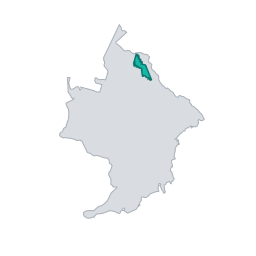 La Chorrera, Amazonas, Colombia (highlighted), rotated 195°
{"feature_id": "7082276B17181319735962", "entity_name": "La Chorrera", "entity_type": "district", "adm_level": 2, "iso_a3": "COL", "parent_name": "Colombia", "parent_adm1": "Amazonas", "projection": "orthographic", "projection_center": [-72.317, -1.283], "detail": "fine", "context": "in_parent", "style": "filled", "palette": "teal", "viewbox_px": 256, "rotation_deg": 195, "n_neighbors": 0, "source": "geoboundaries", "source_scale": "gbopen_adm2", "svg_char_len": 7075}
<svg xmlns="http://www.w3.org/2000/svg" viewBox="0 0 256 256"><g transform="rotate(195 128 128)"><path d="M146.9,37.1L144.4,38.1L139.6,39.3L136.2,44.7L133.9,45.7L131.1,48.9L129.0,52.8L127.4,61.0L123.2,67.8L123.6,68.2L125.2,67.8L126.8,67.1L127.4,67.3L127.9,68.5L129.8,68.8L131.4,74.4L134.3,77.3L134.6,78.4L134.9,80.7L133.9,82.1L133.6,87.3L134.5,88.5L136.7,89.0L138.1,92.2L139.1,93.0L140.4,93.5L143.6,93.0L149.3,93.5L150.7,93.4L153.9,92.3L158.0,93.7L161.0,93.9L169.3,103.6L170.1,103.3L171.1,103.9L173.2,102.9L175.0,102.8L177.4,103.2L180.5,103.2L186.7,102.3L187.6,101.7L191.0,102.3L192.0,103.0L192.5,104.8L192.1,105.9L191.0,107.0L190.3,108.5L190.2,110.3L189.6,111.6L188.5,112.4L188.1,113.6L188.3,115.2L187.8,122.6L188.3,123.2L188.7,126.2L190.1,130.1L190.8,131.2L192.0,132.2L194.2,135.4L193.8,136.5L188.1,141.5L187.9,142.7L188.9,142.2L190.7,142.7L191.3,143.9L195.5,147.5L195.4,148.8L196.6,151.5L196.4,152.0L199.3,159.6L199.4,161.2L197.0,161.6L196.9,156.6L196.6,155.5L193.8,151.0L193.3,150.7L191.4,151.2L188.4,154.5L187.0,155.0L185.8,154.5L184.7,152.5L184.0,152.2L183.2,153.8L184.2,155.3L170.7,155.3L168.1,154.7L164.5,155.4L164.5,163.1L170.8,163.2L172.6,165.4L172.4,167.2L172.7,167.8L171.2,168.2L168.9,167.0L165.0,168.4L162.1,168.7L161.9,177.2L163.6,179.3L167.0,181.6L167.5,183.1L167.3,184.5L168.1,186.4L169.2,187.3L169.2,188.4L169.8,189.6L163.1,225.5L160.7,223.3L159.8,221.3L158.7,220.5L156.4,221.1L154.0,220.1L161.8,208.0L161.6,206.9L155.1,203.9L154.4,203.2L151.3,201.6L149.6,202.0L148.6,202.8L146.3,203.1L144.3,201.8L142.1,200.9L139.3,203.0L138.5,202.9L136.6,203.8L134.5,204.2L131.8,203.3L129.6,203.9L128.1,203.8L127.5,203.1L125.6,202.4L125.3,201.6L125.9,200.1L125.1,197.1L124.7,196.6L123.3,196.6L121.5,195.5L121.2,194.9L121.5,193.7L121.2,192.6L119.5,190.3L117.2,189.7L114.9,187.7L112.7,187.0L111.6,185.6L110.7,182.4L108.3,179.9L106.7,179.1L106.1,177.9L104.4,177.8L102.2,176.2L101.2,176.1L100.5,176.8L98.3,176.0L96.5,174.8L94.7,174.5L93.4,173.8L91.2,171.5L88.9,170.4L87.5,170.8L87.0,172.5L86.2,172.8L83.5,172.4L83.0,172.7L82.3,172.7L78.9,171.4L75.6,171.0L74.8,168.1L72.7,167.1L72.0,165.7L70.5,165.9L64.9,163.3L62.6,161.5L60.6,160.5L58.5,158.5L58.2,157.7L56.6,156.5L57.4,155.0L59.3,153.9L61.8,154.7L62.1,153.0L61.2,151.4L61.7,147.9L62.3,147.1L63.7,146.4L64.6,146.6L65.1,146.1L67.2,146.3L67.8,146.1L69.4,144.7L70.1,143.5L70.8,143.6L72.5,141.7L72.2,139.8L73.8,139.4L75.5,136.3L76.2,136.2L76.6,134.7L79.5,129.5L78.5,130.1L77.3,129.8L77.5,128.1L77.2,127.8L76.2,129.2L75.4,127.8L75.6,125.6L74.3,126.0L74.4,125.5L76.3,123.9L77.1,120.1L76.5,118.7L76.2,113.0L75.8,111.9L74.3,110.5L76.8,108.9L77.6,107.7L76.6,105.2L75.1,103.0L75.1,101.8L76.0,101.9L76.3,98.4L75.5,97.0L74.5,97.0L71.3,91.8L70.2,90.8L71.1,88.3L72.1,87.2L71.9,85.3L72.6,85.4L73.9,87.1L74.5,86.8L76.7,85.2L76.8,83.7L78.5,82.1L76.1,76.8L75.3,76.0L76.3,74.3L76.9,74.4L77.8,76.0L79.4,77.1L81.6,80.1L82.6,80.7L81.8,81.4L81.7,82.1L82.0,82.5L83.3,82.6L83.8,81.7L83.5,78.1L83.0,76.4L81.8,75.1L82.2,74.6L84.5,73.7L89.4,70.3L91.0,67.1L92.3,65.9L93.7,65.1L95.5,65.3L96.8,64.9L97.2,63.9L96.4,61.7L97.4,58.6L97.4,57.1L98.1,56.2L97.8,55.8L96.1,56.9L97.9,54.8L99.2,51.5L106.2,45.7L110.7,47.1L112.1,47.0L110.2,47.7L110.0,48.6L110.6,49.4L111.3,49.7L111.9,49.1L113.4,45.8L113.7,43.9L114.3,43.3L115.3,43.1L119.7,43.9L123.9,43.6L130.7,38.8L135.9,36.8L137.2,34.8L137.5,33.3L138.4,32.7L139.4,32.8L140.0,31.9L142.4,30.7L144.9,30.5L147.6,31.6L148.8,33.6L149.0,35.0L146.9,37.1ZM67.3,145.7L67.0,145.9L66.4,145.5L66.1,144.9L66.5,144.5L67.0,144.6L67.3,145.7Z" fill="#d9dde1" stroke="#a8b0b8" stroke-width="1"/><path d="M139.2,200.8L139.2,193.5L139.3,193.5L139.4,193.3L139.3,193.2L139.2,193.2L139.2,192.9L139.1,193.0L139.1,192.9L139.0,193.0L138.9,193.1L138.9,192.8L138.6,192.9L138.7,192.7L138.7,192.4L138.6,192.2L138.6,191.9L138.5,192.0L138.5,191.9L138.4,191.9L138.4,191.7L138.3,191.8L138.4,191.7L138.2,191.7L138.2,191.4L138.4,191.4L138.3,191.2L138.2,191.2L138.3,191.1L138.1,191.0L138.1,190.9L138.1,191.0L138.0,190.9L138.0,191.0L137.9,191.0L138.0,190.9L137.8,190.9L137.7,190.8L137.7,190.7L137.9,190.7L137.7,190.6L137.8,190.5L137.7,190.4L137.8,190.4L137.8,190.2L137.9,190.3L138.0,190.3L138.0,190.2L137.9,190.1L138.0,190.2L138.0,189.9L137.9,189.9L137.9,190.0L137.9,189.8L137.7,189.9L137.8,189.9L137.7,190.0L137.7,189.8L137.4,189.9L137.4,190.0L137.2,190.1L137.3,190.0L137.2,189.9L137.0,190.0L136.9,190.0L136.8,190.3L136.7,190.3L136.4,190.3L136.5,190.2L136.4,190.2L136.1,190.1L136.1,189.9L135.8,189.9L135.7,189.8L135.4,189.9L135.5,189.8L135.5,189.7L135.4,189.8L135.1,189.8L134.9,189.9L134.7,189.9L134.4,189.9L134.4,189.7L134.3,189.8L134.2,189.7L134.1,189.4L133.9,189.3L133.8,189.2L133.7,189.2L133.4,189.3L133.2,189.3L132.9,189.4L132.7,189.4L132.5,189.2L132.4,189.2L132.2,189.0L132.2,188.9L131.7,189.1L131.3,189.3L131.1,189.3L130.9,189.1L130.7,189.2L130.0,188.8L129.9,188.7L130.0,188.4L129.8,188.2L129.9,187.8L129.8,187.6L129.9,187.4L127.4,181.8L127.2,181.8L126.8,181.9L126.7,182.1L126.7,182.3L126.5,182.5L126.5,182.9L126.4,182.9L126.2,182.7L125.9,182.7L125.6,182.7L125.4,182.9L125.0,182.9L124.9,182.9L124.8,182.7L124.5,182.5L124.4,182.4L124.2,182.1L123.8,181.9L123.7,181.8L123.6,181.7L123.1,181.7L123.0,181.9L122.8,181.8L122.6,181.7L122.3,181.6L122.1,181.6L121.6,181.8L121.3,181.7L121.1,181.5L121.1,181.3L120.9,181.6L120.7,181.6L120.7,181.4L120.5,181.2L120.5,180.8L120.3,180.7L120.2,180.7L119.7,180.9L119.9,180.6L119.7,180.4L119.5,180.5L119.3,180.5L119.0,180.1L118.7,180.0L118.5,180.3L118.3,180.4L117.7,180.4L117.5,180.2L127.4,193.3L131.0,193.3L131.3,193.3L131.2,193.4L131.1,193.5L131.1,193.4L131.0,193.6L131.0,193.8L131.1,194.0L131.4,194.1L131.4,194.3L131.5,194.3L131.5,194.1L131.5,194.3L131.8,194.4L131.7,194.5L131.7,195.0L131.9,194.8L132.0,195.0L131.8,195.3L132.1,195.4L132.3,195.5L132.2,195.6L132.3,195.5L132.5,195.7L132.9,195.8L132.9,195.7L133.0,195.5L132.8,195.4L133.0,195.4L133.1,195.9L133.2,195.7L133.4,195.8L133.3,195.7L133.4,195.9L133.4,196.0L133.3,195.9L133.3,196.0L133.5,196.0L133.6,195.9L133.6,196.0L133.4,196.2L133.3,196.4L133.2,196.4L133.2,196.5L133.3,196.6L133.5,196.8L133.4,196.8L133.6,196.9L133.6,197.0L133.6,196.9L133.8,196.8L133.7,196.8L133.7,196.7L133.8,196.6L133.8,196.8L133.8,197.0L133.8,197.3L134.0,197.4L134.1,197.2L134.2,197.3L134.4,197.4L134.3,197.5L134.4,197.4L134.6,197.4L134.5,197.5L134.6,197.8L134.8,197.8L134.8,197.7L134.7,197.5L134.8,197.5L135.0,197.9L135.1,198.0L135.2,197.9L135.4,197.9L135.4,198.0L135.6,198.0L135.8,198.1L135.8,198.3L136.1,198.5L135.9,198.6L135.7,198.8L135.9,198.9L136.0,198.9L136.1,199.1L136.0,199.4L136.2,199.6L136.3,199.5L136.2,199.4L136.3,199.4L136.4,199.6L136.2,199.7L136.3,199.7L136.3,199.8L136.2,199.8L136.2,200.0L136.3,200.0L136.2,200.1L136.3,200.2L136.5,200.2L136.5,200.4L136.8,200.3L136.9,200.2L137.0,200.2L137.1,200.3L137.1,200.2L137.2,200.3L137.1,200.5L137.4,200.6L137.5,200.4L137.5,200.5L137.6,200.4L137.7,200.5L137.8,200.6L137.8,200.3L137.9,200.2L138.1,200.2L138.2,200.3L138.2,200.7L138.0,200.8L138.0,201.0L137.9,200.9L137.9,201.2L138.1,201.3L138.3,201.2L138.6,201.0L138.6,200.9L138.8,200.8L138.9,200.7L139.1,200.7L139.2,200.8Z" fill="#14b8a6" stroke="#0f766e" stroke-width="1.5"/></g></svg>